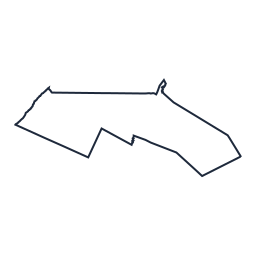 the district of Bom Jesus, Piauí, Brazil
{"feature_id": "56859067B33119393246382", "entity_name": "Bom Jesus", "entity_type": "district", "adm_level": 2, "iso_a3": "BRA", "parent_name": "Brazil", "parent_adm1": "Piauí", "projection": "orthographic", "projection_center": [-44.755, -9.265], "detail": "fine", "context": "isolated", "style": "outline", "palette": "slate", "viewbox_px": 256, "rotation_deg": 0, "n_neighbors": 0, "source": "geoboundaries", "source_scale": "gbopen_adm2", "svg_char_len": 2077}
<svg xmlns="http://www.w3.org/2000/svg" viewBox="0 0 256 256"><path d="M15.4,124.7L44.4,137.8L63.1,146.1L66.0,147.4L88.2,157.4L101.6,128.5L131.6,144.8L131.8,144.2L132.1,143.2L132.7,142.7L132.4,142.3L132.9,141.8L132.6,141.2L133.0,140.9L132.3,140.7L132.8,139.8L133.4,138.9L133.0,138.8L132.7,138.3L133.0,138.0L133.4,137.8L133.5,137.2L133.7,136.1L133.7,135.6L135.8,136.4L145.5,139.9L150.8,142.6L165.8,148.4L170.2,150.1L176.4,152.5L189.8,164.7L195.3,169.7L202.1,176.0L219.6,167.2L240.0,156.9L240.3,156.5L240.6,156.2L235.6,148.0L229.5,138.1L227.7,135.3L194.2,114.9L193.7,114.6L179.7,106.1L173.6,102.4L163.6,93.5L162.8,92.6L162.4,92.2L162.4,91.7L162.1,92.0L161.8,91.0L162.1,90.6L162.5,90.9L162.2,90.1L162.5,89.2L162.8,89.6L163.0,89.1L162.5,88.6L162.5,87.8L162.0,87.3L162.6,86.9L163.2,86.5L163.4,86.8L164.0,87.1L164.5,86.4L164.8,85.9L165.2,85.5L165.2,85.1L165.2,84.6L165.4,84.0L165.8,83.7L163.9,80.0L159.6,85.7L157.9,90.5L157.1,92.5L156.2,94.4L155.7,94.2L155.3,93.9L154.6,93.5L153.6,93.2L152.5,93.2L151.8,93.4L151.2,93.4L150.6,93.5L150.2,93.3L149.7,93.2L149.2,93.3L148.2,93.2L146.8,93.4L146.0,93.4L145.4,93.5L114.9,93.2L102.7,93.1L100.9,93.1L91.1,93.0L52.0,92.6L51.5,92.2L51.1,91.5L50.4,90.5L49.9,89.9L49.3,89.5L48.9,89.0L48.7,88.3L48.8,87.8L48.4,88.1L48.0,88.3L47.6,88.6L47.4,89.1L46.5,89.9L46.0,90.2L45.7,90.9L45.0,91.2L44.8,91.6L44.3,92.0L43.7,92.4L43.2,93.1L42.2,93.4L41.8,93.7L41.5,94.2L41.3,94.6L40.9,95.0L40.6,95.3L40.3,96.0L39.5,96.1L39.1,96.8L38.6,97.3L37.8,98.1L37.4,98.4L37.1,99.1L36.7,99.7L36.1,100.2L35.6,100.4L35.4,101.0L35.0,101.2L34.5,101.3L34.4,101.8L34.0,102.6L34.0,103.1L33.8,103.5L33.5,104.2L33.0,104.4L32.7,105.3L32.8,105.8L32.3,106.7L31.8,107.0L31.3,108.0L30.8,108.2L30.6,108.9L29.8,109.3L29.4,110.0L29.0,110.0L28.3,110.6L28.1,111.2L27.4,111.7L27.1,112.0L25.8,112.8L25.6,113.5L25.4,114.2L25.2,114.8L24.8,115.5L24.4,116.1L24.1,116.5L23.7,117.2L23.4,117.5L23.1,118.0L22.5,118.6L22.0,118.9L20.5,120.3L20.1,120.8L19.6,121.3L18.9,121.8L18.2,122.4L17.9,122.9L17.2,123.3L16.5,123.8L16.2,124.1L15.7,124.2L15.4,124.7Z" fill="none" stroke="#1e293b" stroke-width="2"/></svg>